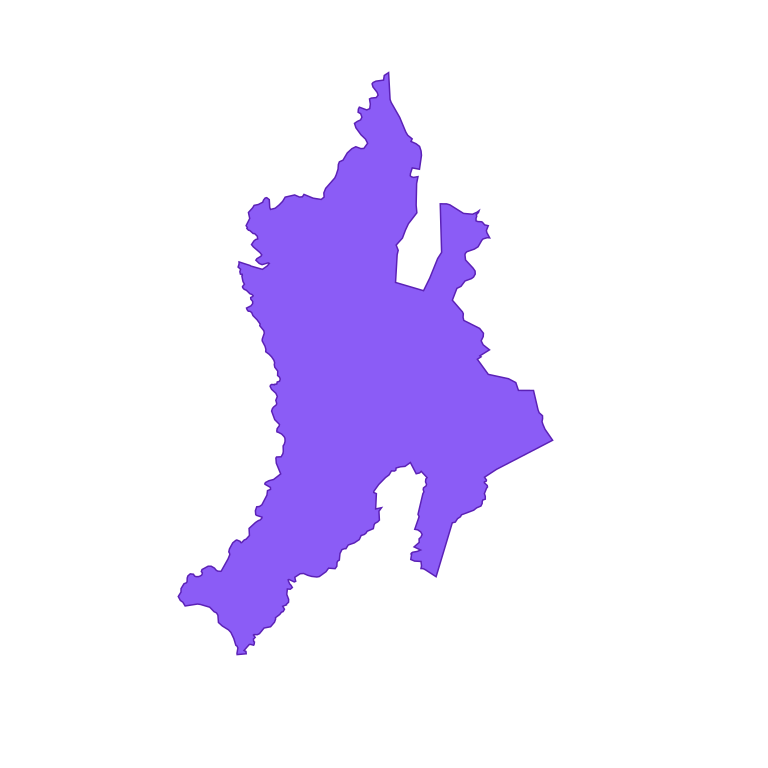 outline of Banderilla, Veracruz, Mexico, rotated 106°
{"feature_id": "50627088B79728757861785", "entity_name": "Banderilla", "entity_type": "district", "adm_level": 2, "iso_a3": "MEX", "parent_name": "Mexico", "parent_adm1": "Veracruz", "projection": "natural_earth1", "projection_center": [-96.939, 19.59], "detail": "fine", "context": "isolated", "style": "filled", "palette": "violet", "viewbox_px": 768, "rotation_deg": 106, "n_neighbors": 0, "source": "geoboundaries", "source_scale": "gbopen_adm2", "svg_char_len": 6165}
<svg xmlns="http://www.w3.org/2000/svg" viewBox="0 0 768 768"><g transform="rotate(106 384 384)"><path d="M684.6,450.6L681.3,442.1L679.1,443.0L678.8,445.1L678.1,444.8L671.5,441.7L671.1,440.5L671.0,437.3L669.8,437.1L667.7,437.4L667.4,438.3L665.1,439.2L663.1,438.0L661.3,440.3L660.7,439.9L659.9,436.7L658.3,434.9L651.6,432.0L648.6,426.1L643.1,423.6L639.8,423.4L638.5,423.9L634.3,420.7L631.7,419.7L630.5,418.2L627.9,417.6L625.6,420.1L623.2,416.9L622.7,417.1L620.1,415.6L617.3,416.3L613.0,419.5L607.7,420.4L607.1,417.5L604.9,416.0L603.1,417.9L602.2,419.5L599.6,421.7L598.5,422.1L598.1,421.4L599.0,415.7L598.0,414.5L594.4,416.5L589.5,412.3L588.3,409.0L588.9,404.6L588.9,400.5L588.0,395.3L586.9,393.1L580.4,388.0L576.3,386.5L575.0,380.1L572.2,379.1L568.4,380.0L566.7,379.5L565.6,378.4L559.1,379.6L554.8,378.8L553.2,376.6L552.8,375.2L548.6,374.0L544.9,368.7L540.4,364.9L535.9,364.2L534.2,361.6L532.5,360.3L530.2,359.6L526.0,354.4L522.1,354.7L520.5,354.3L518.3,352.1L516.1,350.9L507.7,353.8L503.6,352.3L506.4,357.6L491.5,361.1L491.1,364.0L490.0,364.2L482.1,361.4L473.4,356.7L470.0,354.1L465.5,352.9L464.8,350.0L463.7,348.9L461.4,349.2L459.1,345.5L457.4,341.1L452.2,337.0L461.4,328.3L459.6,325.2L457.7,324.2L462.1,316.8L463.9,317.6L466.7,317.1L468.6,315.5L470.2,315.4L473.0,317.4L474.7,317.2L476.7,315.9L478.7,316.4L499.9,315.4L501.8,313.7L515.2,314.4L514.9,311.4L516.0,308.0L518.1,305.9L521.0,306.3L523.2,307.6L526.6,306.5L532.3,310.2L533.5,303.1L535.7,305.8L537.8,310.0L538.8,310.9L539.8,311.2L539.8,310.6L545.3,309.9L545.8,305.8L544.4,299.5L548.5,297.8L551.2,297.6L550.7,295.4L551.2,292.9L554.9,280.8L498.6,280.1L497.1,277.4L493.2,276.2L490.5,273.9L488.4,273.5L480.6,263.0L477.5,260.8L474.6,257.2L471.8,256.7L469.9,257.2L468.2,257.0L466.8,254.9L464.0,255.7L461.7,257.3L455.9,256.7L454.5,256.1L453.1,256.8L451.3,260.3L450.4,260.5L449.3,259.0L448.1,259.0L445.9,261.7L435.0,252.3L391.6,206.4L383.1,216.8L378.9,220.2L376.6,221.7L373.6,222.0L370.8,222.9L368.9,226.9L366.4,228.8L349.0,238.5L353.1,253.0L346.3,257.7L344.6,265.8L346.0,286.4L334.5,301.1L331.1,298.2L330.5,299.6L322.1,292.0L319.0,299.5L315.7,302.5L311.1,301.7L307.8,302.4L304.2,307.4L300.9,324.8L298.1,326.4L294.7,327.1L293.1,328.4L284.6,341.4L272.0,340.3L268.9,336.9L262.6,334.5L258.6,329.0L256.5,327.4L253.2,326.6L250.3,327.6L248.0,330.4L242.3,339.8L237.5,341.8L236.0,341.8L234.0,340.8L229.4,334.3L226.2,331.4L218.9,329.6L217.2,328.7L214.9,325.1L214.4,322.7L210.1,326.9L208.2,327.9L203.1,327.4L203.3,331.1L201.3,334.1L201.2,335.3L202.0,338.6L201.8,340.5L199.4,341.2L197.1,341.1L195.9,342.0L193.1,340.5L191.2,340.4L193.2,341.9L196.4,345.7L198.1,354.6L193.6,370.1L193.6,373.4L195.3,379.6L241.6,364.9L248.6,367.0L269.5,369.2L283.4,371.7L283.2,400.9L256.1,407.0L251.6,407.2L247.1,410.6L238.7,406.5L230.1,405.8L223.2,404.7L210.4,399.6L203.2,402.4L182.3,407.9L175.3,408.5L177.3,412.6L177.2,414.9L176.6,416.2L174.4,416.6L168.5,416.4L167.8,409.1L153.9,411.0L149.8,412.6L145.8,415.3L144.2,419.4L143.4,424.9L140.6,424.5L138.4,429.7L135.9,432.4L123.4,442.4L111.4,454.7L108.8,456.6L83.4,465.4L87.3,468.8L92.0,468.2L95.1,475.2L97.2,477.6L98.8,478.2L101.6,476.4L105.6,470.9L108.0,469.3L110.8,470.4L112.7,475.1L114.0,476.5L118.7,474.3L123.2,473.6L125.3,476.1L124.7,484.0L126.8,484.4L129.9,483.8L130.6,480.9L133.6,478.8L136.6,479.3L138.9,482.0L141.6,484.2L145.5,481.6L150.8,474.8L153.7,469.3L157.1,466.1L163.1,468.3L164.1,471.1L163.7,476.5L166.6,479.7L172.0,483.0L180.1,485.1L182.7,488.1L185.5,488.4L190.1,487.4L196.2,487.6L199.5,488.1L212.0,494.0L216.9,494.5L220.8,493.1L223.9,495.2L224.9,503.3L223.8,513.2L226.5,514.0L227.6,516.7L226.9,522.0L231.6,530.5L236.4,531.8L240.7,534.1L245.0,537.0L247.5,541.2L245.8,542.5L238.4,545.1L237.2,548.1L238.0,549.5L240.4,550.5L242.7,550.7L246.1,554.3L248.1,558.1L250.8,558.8L256.5,561.6L261.9,558.7L269.8,560.2L271.3,558.5L272.3,558.7L273.5,556.7L273.5,555.2L275.4,551.3L275.1,549.8L276.9,546.5L279.4,545.4L280.5,547.2L282.4,548.5L286.5,549.8L288.2,547.4L291.9,539.4L293.6,537.1L295.2,537.6L298.5,540.7L300.3,541.3L302.5,537.2L302.9,534.1L299.5,528.8L299.7,527.5L302.6,528.7L307.3,532.5L307.3,544.6L307.0,545.3L306.6,557.0L308.6,556.4L311.8,556.5L313.2,553.5L315.8,553.5L318.0,552.3L317.6,550.6L318.7,550.1L319.3,550.4L322.9,548.6L324.5,547.7L326.5,545.7L329.3,546.9L330.3,546.4L331.5,544.6L331.9,542.0L334.2,537.8L334.3,535.8L335.1,534.2L336.1,534.3L337.6,536.0L339.2,535.4L340.8,533.0L343.0,532.4L345.5,533.4L348.9,537.1L350.3,536.1L351.4,534.6L351.1,532.7L351.8,530.9L354.4,528.8L357.2,523.8L360.5,519.6L362.2,519.5L365.9,514.2L368.1,513.1L374.4,513.4L376.1,513.0L380.6,508.7L383.3,507.1L385.6,506.6L387.1,502.6L388.9,499.5L391.6,496.3L393.7,495.0L395.6,494.8L398.0,493.6L400.9,489.7L405.2,488.6L406.1,486.5L407.8,485.1L410.2,485.2L411.5,487.2L413.6,487.1L414.5,489.2L414.9,489.1L415.4,491.9L416.5,492.8L417.7,492.8L420.1,490.6L422.7,485.4L425.4,483.1L429.5,483.5L432.2,481.8L433.6,481.7L436.6,483.8L438.4,484.5L441.0,484.6L448.4,479.2L451.7,473.3L453.2,473.2L456.3,474.4L458.8,474.1L459.7,473.4L459.5,472.6L460.3,468.6L462.2,465.4L463.6,464.2L466.4,463.3L469.4,463.3L471.3,463.9L476.6,462.2L478.8,462.0L482.3,462.8L483.8,467.2L485.0,467.5L489.8,465.7L498.9,458.5L506.2,463.8L508.7,468.0L511.3,470.7L512.4,471.1L513.2,470.8L514.7,464.7L516.6,464.0L518.6,466.6L523.1,465.9L533.8,468.1L536.1,470.0L537.1,472.5L541.3,472.7L544.9,471.3L545.4,470.4L545.6,464.6L546.8,464.5L548.9,465.6L549.9,467.1L552.6,469.4L560.0,473.9L566.7,471.6L571.1,473.7L572.5,475.4L575.8,477.2L575.9,478.0L574.9,479.0L574.5,482.5L575.2,483.4L578.4,485.6L585.1,487.1L588.2,486.9L589.1,485.9L590.6,485.2L595.1,485.7L608.7,488.9L609.1,489.4L609.7,492.3L609.2,494.1L607.7,496.2L606.8,499.9L607.6,502.8L612.5,507.8L614.7,507.9L615.5,506.6L616.8,506.4L618.0,506.6L619.3,507.8L620.3,509.2L621.0,511.6L620.8,513.2L619.4,514.7L619.9,517.9L622.5,519.6L624.7,519.7L628.3,518.8L629.6,519.2L631.1,521.2L636.6,522.7L640.0,521.8L645.0,523.2L648.2,520.1L649.2,517.2L652.2,514.0L646.9,502.6L646.5,499.7L646.6,490.0L649.7,484.6L650.2,481.9L652.1,479.9L658.9,477.4L661.2,472.7L663.2,465.7L665.0,462.7L670.1,458.2L676.0,454.4L676.5,453.0L678.0,451.7L683.4,451.1L684.6,450.6Z" fill="#8b5cf6" stroke="#5b21b6" stroke-width="1.5"/></g></svg>